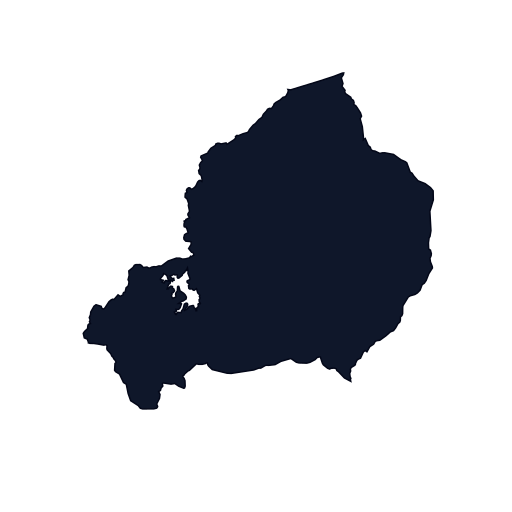 outline of Kyerwa, Kagera, United Republic of Tanzania, rotated 72°
{"feature_id": "72390352B12398012816015", "entity_name": "Kyerwa", "entity_type": "district", "adm_level": 2, "iso_a3": "TZA", "parent_name": "United Republic of Tanzania", "parent_adm1": "Kagera", "projection": "robinson", "projection_center": [30.816, -1.299], "detail": "fine", "context": "isolated", "style": "filled", "palette": "ink", "viewbox_px": 512, "rotation_deg": 72, "n_neighbors": 0, "source": "geoboundaries", "source_scale": "gbopen_adm2", "svg_char_len": 6145}
<svg xmlns="http://www.w3.org/2000/svg" viewBox="0 0 512 512"><g transform="rotate(72 256 256)"><path d="M404.5,204.6L402.6,204.4L401.7,203.6L399.9,203.8L396.7,203.2L394.6,201.5L392.9,201.3L391.5,200.0L390.5,195.9L390.0,195.1L388.9,194.6L386.4,192.3L385.7,190.5L385.5,188.2L380.5,183.6L379.6,181.5L381.4,180.1L377.4,175.8L376.2,171.4L374.0,169.0L373.9,167.2L374.4,164.3L372.1,157.2L369.7,151.7L369.5,148.3L367.5,145.4L364.2,141.9L363.3,139.7L362.0,138.7L358.5,137.4L357.8,135.7L356.2,134.4L350.1,132.3L348.6,131.6L347.2,129.9L342.0,123.8L341.5,121.6L341.7,116.8L341.0,113.9L339.2,110.5L335.0,107.2L334.5,106.5L333.9,104.4L331.9,101.8L326.2,97.1L321.9,91.9L320.4,91.6L315.5,91.9L312.0,91.3L309.9,89.4L308.0,88.5L304.3,88.3L302.6,89.6L296.7,87.9L292.3,85.8L291.2,84.5L286.0,81.8L267.1,76.8L257.4,70.0L248.8,67.4L244.9,68.9L239.4,72.8L234.5,78.7L228.6,81.2L225.5,82.0L223.9,83.4L214.0,83.8L212.5,84.8L209.2,88.5L201.9,93.8L197.6,101.7L196.9,104.1L196.7,106.5L192.9,110.5L192.0,112.5L190.4,113.7L187.8,113.7L185.6,115.1L178.0,115.8L178.8,118.1L176.6,117.2L165.8,114.9L157.6,114.5L155.6,112.4L152.1,112.4L146.3,113.9L143.8,114.7L142.2,116.2L140.4,115.3L138.1,115.3L136.1,116.8L134.3,116.8L129.3,120.6L127.4,121.0L125.9,120.1L121.2,121.8L118.9,120.0L112.9,119.8L110.6,116.9L109.0,116.0L108.7,117.4L109.2,126.5L109.2,142.2L108.7,171.7L107.5,174.2L108.5,174.1L110.4,175.2L113.1,178.0L113.6,179.3L113.4,181.2L115.1,184.9L116.1,189.7L117.0,191.8L118.4,192.8L120.5,195.7L119.7,197.7L120.0,199.7L121.3,201.2L123.5,205.2L126.0,207.5L127.1,211.0L129.9,215.7L130.7,218.3L133.6,223.0L135.3,224.7L135.9,226.0L135.7,230.5L136.1,235.6L135.4,236.9L136.0,238.6L137.6,238.9L138.7,241.2L140.8,249.1L139.2,249.5L138.6,254.6L137.4,256.2L136.9,257.6L137.0,259.5L138.3,260.5L139.6,265.6L142.2,269.3L143.2,270.0L143.9,277.3L145.0,278.1L148.3,277.4L149.3,278.1L150.0,279.7L152.0,281.8L155.0,282.0L156.3,283.0L156.8,284.1L160.1,284.6L162.4,283.3L163.9,283.3L167.4,283.8L168.4,284.5L166.8,285.6L166.7,286.9L167.6,288.6L170.6,291.4L171.7,293.1L172.5,295.3L172.6,296.8L170.7,297.9L170.3,299.1L170.8,300.7L172.0,301.9L174.3,302.0L174.5,303.8L176.8,304.8L178.1,305.3L180.6,303.9L185.4,303.8L186.9,304.7L192.1,305.3L193.4,305.8L194.7,307.6L195.9,308.1L199.0,307.4L199.6,311.4L200.5,311.8L200.6,313.6L201.9,313.6L203.2,314.5L205.2,315.2L206.2,315.1L206.6,313.9L208.6,313.3L213.0,313.3L213.1,315.4L213.7,317.4L216.2,319.0L217.9,319.3L220.2,318.2L222.0,314.0L222.6,313.4L224.8,314.0L228.1,317.8L232.5,316.1L233.1,314.8L236.0,314.8L236.6,317.7L236.0,318.3L237.2,319.8L236.9,324.0L236.2,326.9L234.5,329.1L233.4,332.4L233.6,341.1L236.3,349.1L235.4,351.5L235.4,354.4L234.6,356.3L234.3,358.7L234.7,360.7L234.0,362.1L232.8,363.1L232.1,366.8L229.6,367.8L228.3,369.0L227.1,372.8L227.2,374.5L228.9,376.5L230.9,381.6L235.2,382.6L239.0,385.0L241.2,384.7L243.6,385.9L245.1,387.0L246.0,389.3L249.9,391.7L249.8,393.1L250.6,394.0L251.8,394.3L252.4,397.6L250.3,399.2L253.5,404.5L252.8,405.5L252.9,407.2L254.0,409.9L258.6,415.6L259.4,417.3L258.4,418.7L256.0,418.8L252.9,423.2L253.7,425.6L258.2,430.5L260.6,431.5L263.1,433.6L265.7,433.5L267.0,434.7L269.1,434.3L269.0,435.7L269.7,437.1L271.9,438.2L272.8,438.2L274.8,442.4L276.2,444.2L280.8,444.6L282.9,442.2L286.3,442.0L286.8,442.3L287.8,440.9L289.1,437.2L290.9,433.5L293.7,428.4L294.1,425.9L295.3,425.4L297.7,426.4L299.2,426.6L304.0,424.3L306.8,424.0L308.4,423.1L309.7,423.1L311.6,422.2L313.4,421.9L314.1,422.1L314.6,423.3L321.0,425.8L322.6,425.3L326.1,422.3L335.4,421.1L337.9,419.0L347.3,420.1L354.9,419.9L361.9,414.2L365.0,413.1L366.4,411.1L369.8,400.3L370.0,397.5L369.2,396.4L368.6,396.0L366.4,396.2L365.5,395.7L361.6,391.8L358.1,390.1L354.9,390.5L354.3,388.4L352.4,387.2L350.9,384.8L348.7,384.6L348.2,384.1L348.2,383.2L351.6,376.4L352.2,372.6L356.0,369.7L359.5,365.5L359.4,364.7L357.9,363.6L352.7,362.1L350.2,362.2L348.2,362.9L347.4,362.7L347.0,361.2L346.1,360.3L344.3,356.2L344.2,354.7L340.1,346.0L341.2,344.2L342.4,340.7L342.7,337.4L342.2,335.7L342.5,335.3L344.5,335.5L346.0,335.1L350.5,332.7L358.5,319.8L360.0,315.9L363.7,293.3L363.5,288.1L364.1,286.1L363.0,281.0L363.2,279.6L363.9,277.8L365.2,271.4L363.9,264.9L364.2,255.2L364.5,254.3L369.5,250.5L371.0,248.1L373.6,240.8L373.8,237.5L372.8,231.7L371.5,229.4L371.5,227.2L372.0,226.0L378.4,226.0L380.3,225.6L384.9,222.6L386.3,220.9L386.0,219.4L386.8,216.2L388.1,214.5L389.9,214.5L391.5,213.3L399.3,209.6L404.5,204.6ZM273.1,322.8L275.9,321.5L277.0,322.4L278.6,322.2L279.5,322.8L279.9,323.6L281.1,323.9L282.2,324.1L283.8,323.5L284.2,324.0L283.8,324.4L283.6,325.6L284.1,326.1L286.1,326.4L287.3,328.6L289.7,329.3L289.5,330.1L287.1,330.0L285.9,330.9L284.3,330.7L283.6,331.1L283.3,334.3L283.7,335.8L285.3,338.0L285.7,340.8L285.2,340.7L282.4,336.7L281.3,336.0L280.2,335.9L279.5,336.3L279.2,337.1L279.6,339.0L283.7,341.7L285.1,343.6L286.7,344.8L285.4,347.8L286.0,349.4L286.7,349.4L287.1,350.0L286.7,350.6L284.3,351.0L284.5,350.4L283.8,349.9L284.0,349.0L283.6,348.6L282.0,348.6L282.8,346.4L282.6,345.4L281.8,344.2L278.5,341.6L277.9,341.9L277.2,344.2L276.1,340.7L276.3,339.4L275.3,335.8L273.6,334.9L271.2,335.3L269.1,336.3L265.7,339.0L261.1,338.8L260.7,339.4L261.1,340.1L264.9,341.6L266.4,343.7L267.7,344.4L269.6,344.6L270.3,345.2L270.4,348.1L269.6,348.6L267.7,348.8L266.7,347.8L265.5,347.7L265.2,346.1L264.0,344.3L261.9,344.3L260.7,345.4L259.2,344.9L258.5,346.0L258.3,346.8L260.3,350.0L260.0,350.8L256.0,347.9L255.6,346.3L253.6,344.9L253.0,345.0L252.9,347.1L251.4,349.3L251.7,350.4L253.2,351.4L253.1,352.2L251.7,353.4L251.4,352.3L250.4,351.7L248.9,354.2L247.8,353.7L245.7,350.4L244.1,349.3L245.9,347.5L247.4,346.8L251.7,346.8L252.4,346.1L252.7,344.5L254.2,343.3L253.7,343.1L253.8,341.4L251.8,341.1L251.6,342.6L249.4,343.9L248.3,343.7L248.6,342.8L248.0,340.1L248.3,339.4L249.1,338.9L249.1,337.7L249.8,336.8L251.9,337.5L252.8,337.3L253.2,336.3L251.6,332.2L250.5,331.5L249.4,328.8L248.0,327.5L248.4,327.0L248.1,326.2L247.1,326.0L246.0,324.8L250.1,325.5L251.5,326.1L257.2,325.7L258.1,326.6L258.3,329.0L258.6,329.4L259.9,329.6L261.9,328.3L262.6,328.3L263.3,329.4L266.1,329.9L266.9,329.3L267.6,326.8L269.0,326.3L269.5,325.4L268.7,322.7L273.1,322.8Z" fill="#0f172a" stroke="#020617" stroke-width="1.5"/></g></svg>